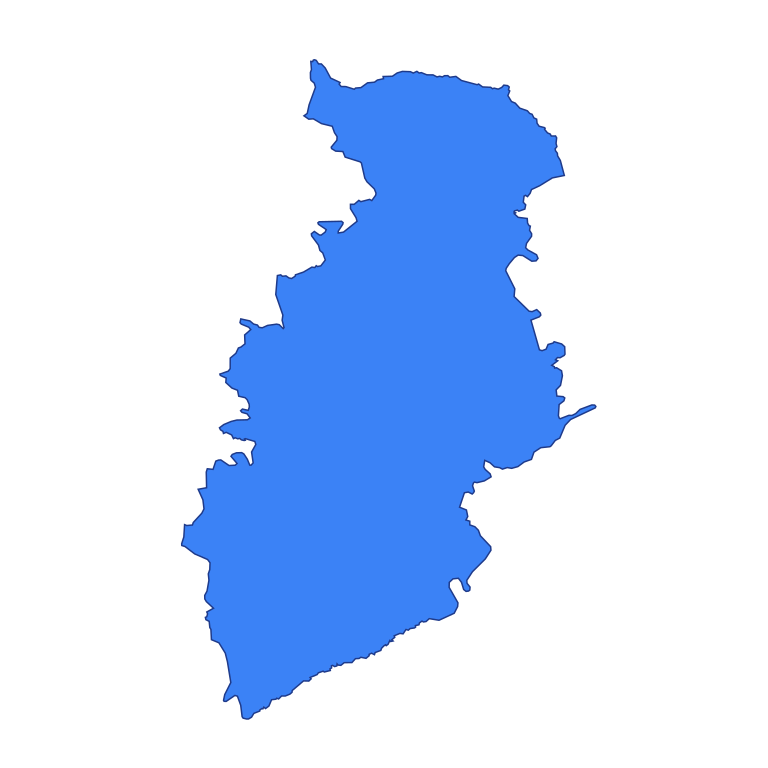 Feshi, Bandundu, Democratic Republic of the Congo, rotated 267°
{"feature_id": "63176286B93121803325272", "entity_name": "Feshi", "entity_type": "district", "adm_level": 2, "iso_a3": "COD", "parent_name": "Democratic Republic of the Congo", "parent_adm1": "Bandundu", "projection": "orthographic", "projection_center": [18.318, -6.306], "detail": "fine", "context": "isolated", "style": "filled", "palette": "blue", "viewbox_px": 768, "rotation_deg": 267, "n_neighbors": 0, "source": "geoboundaries", "source_scale": "gbopen_adm2", "svg_char_len": 6134}
<svg xmlns="http://www.w3.org/2000/svg" viewBox="0 0 768 768"><g transform="rotate(267 384 384)"><path d="M456.5,244.4L452.8,243.4L451.3,244.6L447.8,251.9L445.3,253.8L440.3,247.4L431.4,247.3L428.4,243.1L427.6,240.5L422.4,237.7L417.9,231.8L407.4,231.2L405.0,229.2L402.5,220.6L401.1,221.0L398.2,226.7L393.8,226.1L387.9,231.9L385.4,237.4L379.4,238.3L377.6,244.6L375.5,246.5L370.8,248.3L368.0,248.3L364.8,247.0L366.4,241.3L364.8,239.4L363.1,240.7L361.4,245.7L357.1,248.6L355.4,245.7L355.7,235.1L354.6,229.4L351.9,221.9L348.9,217.4L346.8,218.3L345.1,220.7L343.0,221.1L344.0,223.9L341.1,229.2L337.3,230.8L338.1,232.5L336.9,235.1L337.2,237.1L335.7,238.6L334.9,241.4L335.1,242.5L336.4,241.8L336.7,242.6L333.4,252.0L330.3,252.8L323.0,248.2L312.1,249.2L309.9,247.0L310.0,245.7L316.0,243.6L321.5,240.4L322.9,238.3L323.0,233.0L321.6,228.8L319.8,227.4L312.3,233.1L310.7,231.2L310.7,225.0L316.7,217.1L316.7,214.8L315.8,212.0L307.7,208.8L308.6,203.1L305.4,201.9L289.7,201.4L288.6,192.9L277.8,197.1L268.7,197.7L264.5,195.3L255.7,186.3L253.2,185.3L253.0,179.6L254.0,177.5L241.7,176.1L235.1,173.6L233.3,173.6L232.1,176.8L224.2,186.1L218.0,198.6L214.6,200.9L207.8,200.3L203.6,198.6L197.2,198.9L186.4,196.4L182.3,193.9L178.7,193.8L176.0,195.2L169.0,202.0L165.6,195.1L163.7,195.8L160.8,194.8L160.3,193.4L158.0,193.8L156.1,197.0L149.9,197.3L148.0,198.3L137.7,198.3L134.2,205.6L123.6,211.4L114.9,213.1L93.9,215.4L82.2,208.7L76.5,207.2L75.5,207.7L75.3,209.8L80.8,218.8L79.9,221.3L70.7,224.1L59.2,224.9L57.7,225.8L56.7,229.1L56.6,231.2L58.2,234.3L61.9,236.8L63.9,242.8L65.0,243.0L66.3,245.1L65.9,246.0L67.6,247.1L66.1,248.7L68.4,252.2L74.6,255.2L74.9,259.6L75.8,260.4L75.0,262.3L77.8,265.4L77.6,269.1L79.2,273.8L80.9,276.0L82.7,276.3L91.7,288.1L91.3,293.4L93.4,295.8L94.8,294.8L97.3,302.0L99.0,303.3L100.4,308.2L99.5,309.3L100.7,315.4L102.3,315.1L103.2,316.8L105.4,316.8L105.7,318.0L104.4,319.9L104.9,322.1L106.9,322.5L105.7,323.4L105.3,326.2L107.8,329.7L107.5,337.4L111.2,341.1L111.2,344.7L112.3,346.6L111.0,351.7L113.4,354.9L114.8,355.0L115.8,357.5L114.2,360.3L116.3,361.1L118.1,366.9L120.2,367.7L122.5,370.2L123.5,371.9L122.6,372.5L123.8,374.4L127.5,376.4L126.5,377.1L126.9,379.6L128.2,378.4L130.5,381.5L132.0,381.0L134.1,386.8L133.5,390.0L137.7,393.1L136.9,395.4L138.4,397.3L138.8,401.7L139.5,402.8L141.1,402.7L141.7,406.3L143.6,406.9L145.2,409.5L144.3,411.0L144.6,413.6L147.3,416.9L145.2,426.6L151.4,442.1L157.9,445.9L161.6,446.4L177.5,438.4L182.5,438.8L185.8,442.7L186.1,448.1L181.9,451.0L174.6,452.8L172.6,455.1L172.8,457.6L173.7,458.9L176.7,459.3L180.6,456.5L183.6,456.4L191.9,462.5L204.0,476.0L212.4,482.1L216.0,482.0L227.4,472.3L233.0,470.6L236.7,467.3L238.8,462.3L242.5,462.5L243.9,458.7L247.3,460.7L253.9,459.7L257.0,453.0L271.2,458.6L271.7,462.5L269.5,466.3L270.8,467.8L272.3,468.6L277.7,467.1L280.4,468.1L281.3,469.1L280.6,471.7L282.0,479.2L285.7,486.1L288.7,485.3L293.4,480.6L296.0,479.2L302.5,480.6L299.8,485.8L295.5,490.0L294.4,495.1L292.8,497.8L294.1,502.7L293.1,507.1L294.5,513.4L298.8,519.9L301.0,527.3L308.1,530.2L312.2,537.2L312.7,546.4L313.5,547.7L318.7,552.1L320.8,556.7L333.3,562.7L338.8,568.5L349.1,593.7L350.5,594.4L351.9,593.3L352.2,590.5L348.4,578.5L344.4,573.9L342.8,570.2L343.0,566.9L340.1,558.1L340.8,557.2L343.2,556.5L354.3,557.8L357.8,562.8L360.6,563.8L362.0,562.2L362.9,556.0L369.1,555.6L373.4,560.2L382.9,562.6L387.9,562.0L391.2,557.2L391.0,555.2L392.4,555.0L393.9,552.5L398.1,558.7L399.2,556.5L401.3,558.6L401.0,561.2L403.1,565.4L404.3,566.3L411.8,566.4L414.7,563.5L417.3,556.1L416.0,554.9L414.9,549.9L410.3,547.7L409.0,543.6L410.0,541.0L440.1,534.1L443.0,542.7L444.6,544.2L446.7,543.8L450.3,540.4L448.5,535.7L449.1,532.7L464.5,518.5L472.2,519.6L490.7,511.5L493.1,512.1L497.6,515.4L503.5,520.9L505.7,524.7L505.0,529.4L498.9,538.0L499.0,542.3L501.4,544.4L505.1,543.1L510.3,534.7L512.7,532.6L517.0,533.7L523.8,539.1L526.3,539.3L529.9,537.4L534.0,538.4L534.6,537.1L537.2,535.8L541.8,535.7L543.4,526.7L547.2,523.0L548.0,524.4L548.9,522.8L550.0,523.3L550.7,526.3L549.5,527.7L551.3,533.8L555.5,534.9L558.2,532.6L564.3,533.7L565.0,535.2L563.6,537.1L566.8,539.9L570.5,541.5L573.8,549.7L581.0,562.9L582.8,575.0L598.0,571.8L602.7,569.3L605.4,569.2L607.9,567.5L609.9,567.2L612.0,569.1L615.2,568.4L620.8,569.3L622.7,568.3L622.9,564.0L624.9,563.1L626.2,560.4L629.9,557.7L631.0,558.3L631.7,557.5L633.3,552.4L636.4,550.5L640.5,550.3L641.9,547.6L645.6,546.0L646.6,543.6L649.3,541.5L652.4,534.0L657.6,529.8L659.4,526.1L665.5,522.8L670.1,524.9L671.3,523.7L674.0,524.6L675.5,523.1L676.2,519.3L674.0,517.1L672.5,513.5L673.7,509.5L673.2,507.8L674.7,506.1L675.5,498.0L678.6,494.2L678.0,492.7L683.0,477.3L687.4,471.9L686.9,465.7L688.6,463.9L688.7,460.5L687.6,458.4L688.4,455.7L687.9,453.0L690.1,449.2L690.5,443.0L693.0,437.6L692.7,435.4L694.5,433.2L693.0,429.5L694.5,426.7L695.2,418.7L693.9,413.4L690.9,408.5L691.1,399.2L688.9,399.5L687.9,393.3L685.9,390.3L685.6,383.3L681.2,376.5L681.0,371.0L679.9,369.8L683.0,361.4L683.3,356.8L685.8,354.9L687.4,355.9L692.3,346.7L702.7,341.8L706.9,338.2L707.1,335.4L710.7,333.3L711.4,331.7L711.2,330.4L709.7,329.6L710.0,327.8L701.7,328.0L698.9,326.8L693.1,326.6L691.1,327.0L688.1,330.1L683.9,331.1L666.7,323.8L658.2,321.5L656.0,318.1L652.4,322.7L652.5,327.3L647.3,335.2L644.1,345.8L637.6,347.7L633.5,350.1L629.9,349.7L623.3,343.7L621.8,344.0L619.1,347.9L618.3,355.1L612.6,357.1L607.1,371.8L605.9,373.0L590.6,375.6L586.8,377.6L579.4,384.5L575.1,386.0L573.0,385.6L567.8,381.4L569.1,379.3L567.3,370.4L568.7,368.5L565.0,363.7L565.2,359.9L560.8,359.7L551.5,364.8L547.9,365.6L537.8,351.5L537.2,346.2L539.0,346.3L545.7,351.2L547.3,351.6L548.7,350.1L549.4,327.7L548.4,326.4L546.9,326.9L541.2,334.4L538.8,333.2L536.0,329.1L536.2,327.3L540.0,322.4L537.8,319.3L535.7,319.5L526.2,325.8L520.7,327.0L518.1,329.7L510.9,331.9L505.3,327.1L504.8,323.7L505.7,322.5L503.9,321.0L504.5,318.1L500.0,309.5L497.7,301.3L496.3,300.9L494.2,297.3L494.9,294.6L497.1,291.8L496.9,288.2L498.4,286.6L497.9,283.2L479.0,280.6L458.1,286.6L453.0,285.6L445.5,287.1L444.6,286.2L448.7,282.5L449.4,279.9L448.6,270.8L446.5,265.4L447.1,262.2L449.5,260.7L450.7,256.9L454.0,253.4L456.5,244.4Z" fill="#3b82f6" stroke="#1e3a8a" stroke-width="1.5"/></g></svg>